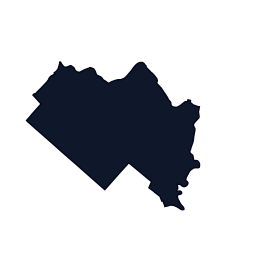 Ograda, Ialomita, Romania (Mercator projection), rotated 310°
{"feature_id": "2599482B18669147098615", "entity_name": "Ograda", "entity_type": "district", "adm_level": 2, "iso_a3": "ROU", "parent_name": "Romania", "parent_adm1": "Ialomita", "projection": "mercator", "projection_center": [27.562, 44.65], "detail": "fine", "context": "isolated", "style": "filled", "palette": "ink", "viewbox_px": 256, "rotation_deg": 310, "n_neighbors": 0, "source": "geoboundaries", "source_scale": "gbopen_adm2", "svg_char_len": 5024}
<svg xmlns="http://www.w3.org/2000/svg" viewBox="0 0 256 256"><g transform="rotate(310 128 128)"><path d="M164.4,183.4L168.0,181.3L169.3,180.6L170.1,180.0L170.5,179.5L170.9,178.7L171.3,177.6L171.8,176.7L172.2,176.3L172.7,175.9L173.3,175.6L174.0,175.5L175.1,175.4L176.5,175.4L178.5,175.5L180.1,175.6L181.0,175.7L181.6,175.5L182.1,175.4L182.4,175.0L183.1,174.3L183.7,173.6L184.3,173.0L184.9,172.3L185.5,171.6L185.9,171.3L186.3,171.1L186.8,170.9L187.5,170.5L188.1,170.2L188.8,169.7L190.1,169.0L189.5,168.0L189.0,167.3L187.5,162.8L187.5,162.1L187.6,161.5L187.6,161.2L187.6,160.8L187.3,159.7L189.2,158.1L188.1,155.9L187.3,156.2L186.4,156.6L186.1,156.5L185.1,155.0L184.8,154.9L181.5,154.2L179.0,153.7L175.3,152.3L174.9,151.8L174.2,150.9L173.6,149.9L173.1,149.1L172.8,146.9L173.6,145.7L175.2,144.0L175.5,141.7L176.0,140.1L176.8,138.3L177.1,137.1L177.4,136.3L178.0,134.3L178.4,132.3L179.0,130.8L179.2,130.0L179.3,129.2L179.5,128.8L179.8,128.4L179.9,127.8L180.0,127.5L179.9,127.3L180.0,126.3L180.2,125.4L180.4,122.8L180.6,121.9L180.9,121.3L181.0,121.1L181.4,120.8L181.8,120.5L183.0,120.1L184.3,118.3L185.1,114.5L185.4,112.8L185.5,111.3L185.4,110.3L185.6,108.0L185.8,106.2L185.9,104.7L186.0,103.9L186.2,103.3L186.8,101.6L187.1,101.6L187.1,101.2L187.1,100.9L187.1,100.7L187.3,99.9L187.6,99.1L187.6,98.2L187.5,97.4L187.5,97.2L187.1,96.5L185.9,95.2L185.0,94.6L183.6,94.0L181.8,93.6L180.0,93.5L177.5,93.5L174.2,93.8L172.6,93.8L166.6,93.7L163.7,93.3L163.3,93.1L160.4,91.5L158.8,89.6L157.6,88.7L156.6,87.9L152.8,85.7L150.4,84.9L149.8,84.5L149.5,83.4L149.4,80.8L149.0,78.8L149.0,77.7L149.5,76.0L149.5,74.0L149.1,72.5L148.7,71.3L148.5,70.3L148.5,69.6L149.4,67.9L150.3,66.5L150.9,64.9L151.2,63.6L150.4,61.5L150.2,60.7L150.0,60.3L149.7,60.0L149.1,59.9L147.2,58.7L144.6,57.3L140.7,55.7L139.3,55.0L138.8,54.2L138.2,52.6L138.1,51.2L138.4,49.7L139.2,48.5L139.3,47.3L139.2,45.6L139.2,45.3L139.0,44.3L138.4,43.6L137.9,43.4L135.6,42.2L134.5,41.4L133.9,40.3L133.7,39.7L133.6,39.0L134.0,37.5L134.3,35.8L134.9,34.6L135.0,33.8L134.9,33.2L135.0,33.0L134.9,33.1L134.6,33.3L134.4,33.4L134.3,33.5L134.1,33.7L133.7,34.1L133.5,34.3L133.4,34.3L133.2,34.4L132.6,34.6L132.4,34.7L132.0,34.9L131.7,35.2L131.4,35.4L131.0,35.4L130.5,35.6L129.6,36.0L128.7,36.3L128.2,36.5L126.7,36.6L125.9,36.6L125.3,36.6L123.7,36.3L122.9,36.0L122.2,37.2L121.8,37.0L119.5,36.2L118.9,35.9L118.4,35.8L118.0,35.7L117.6,35.6L117.0,35.6L116.5,35.5L115.9,35.6L115.0,35.7L114.5,35.8L114.1,35.9L114.0,36.0L113.9,36.3L112.8,36.2L112.8,36.4L102.7,35.8L99.4,35.5L94.3,35.1L94.1,35.0L94.0,34.8L94.0,34.3L93.9,34.2L92.2,34.1L90.6,46.0L82.1,45.7L77.7,45.6L75.8,45.6L75.5,45.6L71.8,45.6L69.2,45.5L68.6,45.5L68.6,46.1L68.4,46.7L68.4,47.2L68.3,50.9L68.3,51.2L68.2,54.7L68.2,55.0L68.1,57.3L68.1,58.4L68.1,58.9L68.1,59.2L68.1,59.5L68.0,63.5L67.5,84.0L67.2,93.1L66.8,114.1L66.6,121.4L66.2,137.3L65.9,149.6L65.9,149.8L89.1,150.4L101.9,150.9L102.0,170.0L102.0,174.0L102.1,180.5L101.8,180.7L97.2,182.0L95.7,182.5L96.0,187.3L96.1,189.4L95.9,189.6L96.0,190.6L96.1,193.5L96.3,196.3L96.2,196.5L94.0,200.5L93.8,200.9L94.7,201.4L93.6,203.4L93.1,204.4L92.6,205.4L92.3,206.1L92.0,206.2L91.9,206.4L91.6,206.7L92.5,207.4L93.9,208.5L95.0,209.2L96.0,209.8L96.7,210.4L97.1,211.2L97.5,211.9L98.1,212.7L98.4,213.6L98.6,214.1L99.0,215.4L99.2,216.4L99.5,218.4L99.8,220.8L99.9,221.2L100.2,221.8L100.4,222.1L100.6,222.4L101.1,222.9L101.7,223.0L102.1,222.7L102.4,222.3L102.7,221.6L103.0,220.7L103.1,219.8L103.3,218.2L103.5,217.2L104.1,215.5L104.7,214.4L105.0,213.5L105.4,212.3L106.3,210.9L106.6,210.4L107.2,209.8L108.1,209.3L108.9,209.2L109.5,209.4L110.0,209.9L110.5,210.4L111.3,210.8L112.0,211.0L112.6,210.9L113.0,210.5L113.3,210.0L113.3,209.3L113.2,208.6L112.9,208.1L112.4,207.6L111.8,207.1L111.4,206.6L111.3,205.9L111.4,205.2L111.8,204.9L112.6,205.0L113.3,205.2L113.8,204.8L114.3,204.3L114.7,203.9L115.2,203.1L115.8,202.7L116.5,202.4L116.9,202.3L117.2,202.6L117.6,203.1L117.9,203.6L118.2,204.1L118.4,204.7L118.5,205.4L118.4,206.2L118.4,207.0L118.8,207.9L119.0,208.5L119.3,208.8L120.2,209.4L121.1,209.8L121.8,209.9L122.3,209.9L123.1,209.8L123.6,209.7L123.9,209.6L124.2,209.3L124.6,208.9L124.8,208.4L125.0,207.7L124.8,207.0L124.7,206.7L124.8,206.4L125.1,206.1L125.4,205.6L125.7,205.3L126.2,205.0L126.8,204.7L127.4,204.4L128.1,204.2L129.6,203.8L130.9,203.6L131.7,203.5L132.4,203.3L134.1,202.9L136.0,202.9L139.0,203.7L140.2,204.4L141.3,205.5L142.0,206.4L142.7,207.3L143.4,207.7L144.0,207.7L144.6,207.3L145.1,206.8L146.0,206.3L146.6,205.5L147.2,204.5L147.4,203.6L147.5,202.8L147.4,202.1L147.0,201.4L146.5,200.7L146.0,200.2L145.6,199.5L145.7,198.9L145.9,198.5L146.3,198.0L146.6,197.7L147.1,197.1L147.5,196.7L148.0,196.1L148.4,195.7L148.5,195.4L148.6,194.9L148.7,194.4L148.7,193.8L148.7,193.2L148.6,192.6L148.7,192.0L148.9,191.4L149.2,190.9L149.6,190.4L150.1,190.1L150.6,189.9L151.2,189.8L151.8,189.7L152.2,189.4L152.8,189.1L153.3,188.9L154.3,188.5L154.9,188.2L156.0,187.9L156.6,187.6L158.1,187.1L158.9,186.7L159.7,186.3L160.4,186.0L163.1,184.2L163.9,183.6L164.4,183.4Z" fill="#0f172a" stroke="#020617" stroke-width="1.5"/></g></svg>